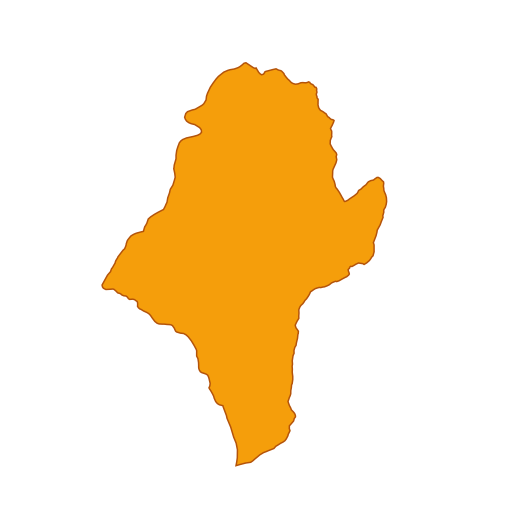 the district of Dorokha, Samchi, Bhutan, rotated 239°
{"feature_id": "84629894B5574782149545", "entity_name": "Dorokha", "entity_type": "district", "adm_level": 2, "iso_a3": "BTN", "parent_name": "Bhutan", "parent_adm1": "Samchi", "projection": "equal_earth", "projection_center": [89.195, 26.97], "detail": "fine", "context": "isolated", "style": "filled", "palette": "amber", "viewbox_px": 512, "rotation_deg": 239, "n_neighbors": 0, "source": "geoboundaries", "source_scale": "gbopen_adm2", "svg_char_len": 5969}
<svg xmlns="http://www.w3.org/2000/svg" viewBox="0 0 512 512"><g transform="rotate(239 256 256)"><path d="M97.8,207.0L99.2,207.7L101.2,208.0L103.3,207.7L105.8,207.1L108.2,207.5L110.5,207.6L112.6,208.0L114.8,208.5L115.8,209.7L117.6,211.8L118.7,213.4L120.0,214.8L122.7,216.5L125.1,218.6L127.2,220.1L128.0,221.3L131.2,223.9L133.9,225.5L136.4,226.6L137.9,227.3L140.3,228.9L142.9,230.2L144.5,231.6L147.5,233.1L149.2,234.5L151.5,236.4L153.0,238.5L155.5,239.9L157.7,242.2L158.8,244.3L160.4,245.6L162.4,247.5L164.1,249.2L167.2,251.5L167.8,252.3L169.7,253.6L174.1,253.3L176.5,254.0L177.5,255.4L179.0,257.7L180.5,260.6L182.5,261.7L184.9,263.4L187.9,265.0L189.6,267.2L190.5,269.0L191.0,271.5L191.8,273.4L192.7,275.0L193.3,277.3L194.6,280.1L195.4,281.6L196.3,283.0L197.2,284.2L197.3,286.0L197.5,288.5L197.5,290.0L197.0,292.2L196.5,294.0L195.6,295.2L195.0,297.2L194.3,298.8L193.8,301.6L193.6,304.1L194.0,306.8L193.8,308.7L193.4,311.1L192.5,312.0L192.0,314.4L191.9,318.3L191.7,321.9L191.5,323.0L191.7,324.0L191.9,325.5L192.5,326.7L193.3,327.0L194.7,327.3L195.8,327.5L196.9,328.0L197.2,329.0L197.4,329.9L198.1,330.5L198.4,331.8L197.6,332.8L197.5,334.4L197.5,337.7L197.2,340.3L195.5,342.3L194.5,343.6L193.1,344.3L193.1,347.4L193.7,350.8L194.5,352.8L195.5,354.7L195.9,356.4L198.8,359.4L204.7,362.9L207.0,363.5L209.5,366.7L211.6,369.4L214.2,372.0L215.7,373.2L218.8,378.5L221.0,381.2L223.7,384.8L225.2,385.4L227.6,388.0L229.8,389.3L231.2,392.0L233.2,394.2L235.4,396.0L238.8,397.8L241.8,398.7L244.2,399.0L246.4,399.4L248.1,400.3L250.3,401.2L252.5,402.9L253.9,403.5L255.8,402.9L258.4,402.4L260.4,401.3L261.0,400.3L260.9,397.9L260.6,395.8L261.5,393.2L261.7,390.7L261.5,389.7L260.4,387.0L260.1,383.7L259.3,380.5L259.3,379.1L259.3,377.7L258.3,376.3L257.6,375.0L257.3,373.2L257.0,370.9L256.8,366.0L256.5,363.4L256.7,361.2L257.0,360.1L258.0,359.8L259.5,360.0L262.2,360.0L263.8,360.1L267.6,360.2L271.6,360.0L273.2,359.7L274.6,359.8L276.6,360.6L279.7,361.5L282.4,361.8L284.1,362.1L286.1,363.4L287.9,364.6L289.2,365.4L290.4,366.4L294.5,372.3L295.2,373.1L296.9,374.8L298.5,375.4L299.9,375.9L301.3,377.4L302.9,377.8L304.9,377.5L306.4,377.2L307.4,377.0L309.0,377.0L311.7,377.1L313.9,377.3L315.4,378.3L316.8,379.2L318.5,381.3L319.2,382.4L320.7,383.1L322.3,384.2L324.1,385.2L325.8,385.3L326.9,385.5L328.1,387.4L328.8,388.6L331.0,391.7L332.0,392.7L333.2,392.1L334.4,390.8L336.0,390.2L337.0,390.0L338.1,389.4L339.1,389.2L341.7,389.3L342.5,389.0L343.2,388.5L344.5,388.1L346.2,387.2L347.6,386.3L349.3,386.1L351.0,386.1L351.7,386.4L352.5,386.6L353.9,387.1L354.7,387.7L355.9,388.4L358.4,390.0L359.5,389.8L360.3,389.8L361.3,390.4L362.2,390.5L363.1,390.8L363.8,391.1L364.8,392.4L366.0,393.0L367.0,393.3L367.8,394.1L368.9,394.3L369.7,394.3L370.4,393.4L371.7,393.3L372.9,393.1L373.8,392.9L374.4,392.3L375.9,391.5L377.2,391.5L378.2,390.7L378.3,389.4L378.6,388.5L379.0,387.5L379.9,386.3L380.6,385.3L381.4,383.7L381.6,382.4L381.9,380.7L382.6,379.1L383.0,378.2L384.9,376.5L386.5,375.6L387.7,375.3L389.3,375.0L391.5,374.3L394.1,373.9L396.8,373.6L398.0,373.9L400.8,373.3L402.0,372.8L403.8,371.0L406.1,369.6L407.2,366.3L408.6,361.4L409.2,359.5L409.2,358.2L408.5,357.3L408.0,356.0L408.5,354.1L409.9,353.4L411.9,352.9L417.2,352.9L417.2,351.9L418.8,350.7L422.6,348.9L426.8,346.9L427.4,345.0L426.9,342.4L426.6,339.6L426.7,337.5L427.5,333.6L429.0,329.8L429.6,327.6L430.2,323.1L429.3,316.3L428.3,313.1L426.4,308.5L424.2,303.8L420.5,298.3L418.5,295.9L415.5,293.6L413.4,289.7L413.0,287.7L413.0,284.8L413.1,279.4L414.0,276.6L415.0,271.6L414.3,269.2L411.7,266.3L409.7,265.9L407.4,266.0L405.0,267.0L402.9,268.5L400.2,271.2L395.1,273.8L392.4,274.1L390.1,273.0L389.4,270.8L389.6,268.0L390.7,264.0L393.0,257.2L393.6,253.0L393.3,250.7L392.5,248.6L389.8,245.2L387.2,242.3L383.6,239.4L380.5,237.5L376.0,232.7L374.1,231.3L373.2,230.5L368.6,228.9L365.1,227.3L362.8,224.9L359.5,221.2L357.3,216.9L354.6,214.3L351.3,210.3L347.9,207.4L346.4,205.1L345.4,203.8L343.5,200.7L343.9,194.5L344.0,190.4L343.8,185.9L343.6,184.8L343.2,182.7L340.3,179.3L338.9,176.9L338.5,175.9L337.4,174.6L335.1,172.2L335.6,170.6L335.9,169.7L337.1,165.5L337.3,164.5L337.5,163.1L337.6,161.9L337.6,160.2L337.6,159.1L336.9,157.1L335.9,154.5L335.3,153.4L333.2,151.0L332.4,150.4L331.2,149.0L329.8,147.0L329.5,145.2L328.5,142.6L327.1,139.1L326.3,137.1L325.5,136.1L325.1,135.1L324.1,133.3L323.2,132.2L322.5,131.6L321.4,129.5L320.4,127.8L319.9,126.8L319.4,125.5L317.5,123.2L316.1,118.9L313.8,114.9L310.4,109.1L308.6,108.5L307.0,108.6L305.6,109.4L304.6,110.1L302.8,113.5L301.4,116.3L300.7,117.0L298.5,117.8L295.6,118.5L293.9,120.1L293.2,120.5L291.6,121.0L290.0,122.2L288.7,123.9L287.7,124.4L286.6,124.6L285.1,124.7L283.9,125.3L283.4,126.3L282.5,128.1L281.2,129.4L279.2,130.2L278.2,130.7L276.9,130.4L275.6,129.7L273.8,128.5L272.2,128.6L270.5,129.1L269.7,129.8L267.6,130.9L266.8,131.3L263.6,133.5L262.2,134.2L260.9,134.7L259.1,135.0L257.0,135.1L255.7,135.2L252.0,135.6L249.3,136.6L247.7,137.9L245.8,140.7L244.9,142.2L243.2,144.4L241.7,146.6L240.6,147.9L239.2,148.6L238.3,148.6L236.5,148.8L235.0,148.6L233.0,148.4L231.8,148.8L229.8,150.6L228.9,151.4L226.8,154.1L224.3,155.5L221.6,156.3L216.5,156.9L211.3,156.9L207.1,156.7L205.4,156.4L204.3,155.7L200.8,153.6L198.0,153.4L194.1,151.8L191.4,150.3L190.3,149.6L188.9,149.0L187.4,148.7L185.4,148.7L183.9,149.5L182.2,151.0L180.6,152.3L179.7,152.8L178.7,153.2L176.8,153.0L175.1,152.6L172.6,151.8L170.4,151.1L168.4,149.5L167.2,147.8L165.7,147.7L164.7,147.8L162.8,147.8L159.8,147.7L157.7,147.5L155.4,146.9L152.0,146.5L149.4,146.9L147.3,148.0L144.8,150.5L143.2,150.1L134.5,148.5L131.9,147.6L122.4,146.2L112.3,143.6L105.8,142.6L99.5,140.3L92.6,136.0L89.5,133.5L86.6,130.9L85.5,135.0L83.8,140.7L82.2,144.5L81.9,145.3L82.1,147.9L82.6,150.5L83.1,153.9L83.6,156.9L83.6,161.3L83.1,163.9L82.8,166.1L81.8,172.2L82.7,175.0L82.7,177.9L82.8,180.4L82.6,183.4L82.8,185.7L83.6,187.7L85.5,190.8L86.5,191.7L87.9,193.9L88.7,195.1L91.0,195.7L93.3,197.2L93.7,198.7L95.2,203.2L97.0,205.1L97.8,207.0Z" fill="#f59e0b" stroke="#b45309" stroke-width="1.5"/></g></svg>